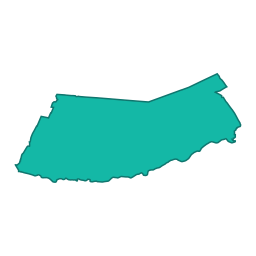 Bilca, Suceava, Romania
{"feature_id": "2599482B24007867343971", "entity_name": "Bilca", "entity_type": "district", "adm_level": 2, "iso_a3": "ROU", "parent_name": "Romania", "parent_adm1": "Suceava", "projection": "natural_earth1", "projection_center": [25.771, 47.929], "detail": "fine", "context": "isolated", "style": "filled", "palette": "teal", "viewbox_px": 256, "rotation_deg": 0, "n_neighbors": 0, "source": "geoboundaries", "source_scale": "gbopen_adm2", "svg_char_len": 5754}
<svg xmlns="http://www.w3.org/2000/svg" viewBox="0 0 256 256"><path d="M235.2,141.7L235.3,141.1L235.3,140.9L235.2,140.8L235.0,140.7L234.7,140.8L234.3,140.9L234.0,140.9L233.7,140.8L233.5,140.7L233.1,140.3L232.8,140.3L232.5,140.0L232.5,139.8L232.3,139.5L232.8,139.6L233.0,139.5L233.1,139.3L233.3,139.0L233.4,138.7L233.4,138.3L233.5,138.3L234.3,138.0L234.5,137.9L234.9,137.4L235.3,137.1L235.3,134.6L234.4,134.6L234.5,132.6L234.4,131.7L234.3,131.2L235.3,130.4L235.9,129.9L235.9,129.6L236.0,129.4L235.9,129.2L237.0,128.1L236.8,127.9L237.0,127.6L237.5,127.4L237.8,127.3L239.1,126.7L239.4,126.7L240.1,126.5L240.5,125.9L240.6,125.1L240.6,124.7L240.2,124.0L240.1,123.6L240.0,123.3L239.9,122.8L239.8,122.6L239.6,122.4L239.4,122.0L238.1,119.9L236.5,116.8L235.7,115.3L234.9,113.9L234.8,113.6L232.7,110.5L232.3,109.9L231.7,109.2L230.1,107.1L229.4,106.1L229.2,105.9L227.2,103.0L226.9,102.7L226.7,102.5L226.4,102.1L226.1,101.8L225.9,101.6L225.6,101.2L225.4,100.7L223.7,98.1L223.5,97.5L223.1,97.3L221.8,97.4L221.6,96.3L221.6,95.6L219.3,94.3L215.2,92.2L215.4,92.0L215.9,91.8L219.5,91.0L220.1,90.8L221.9,89.6L224.4,88.1L225.9,87.2L226.6,86.9L226.8,86.8L226.2,86.1L226.0,85.7L225.5,85.1L224.0,82.8L222.1,80.3L221.6,79.8L220.7,79.1L220.0,78.4L219.8,78.0L219.1,76.2L217.8,74.6L217.2,73.8L200.1,81.9L188.9,87.3L181.8,89.9L181.6,89.9L148.5,102.0L125.8,100.2L107.7,98.7L96.6,97.8L85.9,97.1L78.9,96.5L78.7,96.3L77.5,96.5L76.1,96.6L75.7,96.3L75.3,95.8L72.9,95.6L71.4,95.6L70.2,95.5L68.9,95.4L68.0,95.3L66.6,95.2L65.2,95.0L64.1,94.9L57.0,94.4L56.5,95.2L56.1,95.9L56.0,96.1L56.0,96.4L56.5,97.3L56.6,97.8L56.6,98.4L56.8,98.9L57.3,99.2L57.7,99.4L57.7,99.7L57.1,100.1L56.6,100.8L56.2,101.3L56.0,101.7L55.8,101.8L55.5,101.9L54.7,101.8L53.9,101.9L53.5,102.3L52.9,102.8L52.6,103.0L52.3,103.8L52.2,104.0L51.7,105.6L51.2,107.1L53.5,107.4L51.2,113.0L50.7,112.9L48.5,117.9L46.7,117.5L41.2,116.4L38.7,122.3L37.0,126.2L36.6,126.1L34.3,130.5L33.2,132.4L32.5,133.7L31.8,135.4L30.9,137.8L30.8,138.5L30.4,140.8L30.2,141.8L29.9,142.0L29.4,142.0L29.5,142.5L29.6,143.7L29.6,145.7L29.5,146.2L28.0,146.1L27.6,146.3L27.3,146.6L27.0,146.9L23.3,153.1L22.2,154.1L22.0,154.5L21.7,155.1L20.8,159.0L20.7,158.9L20.4,159.7L20.4,160.9L20.1,160.9L19.5,163.0L17.2,165.0L15.6,164.8L15.4,164.9L18.3,169.7L18.6,170.2L18.6,171.5L21.1,171.7L21.1,172.0L22.3,172.1L24.0,172.7L27.1,173.4L28.8,173.8L32.2,174.8L34.8,175.8L35.5,175.8L36.8,175.4L37.5,175.2L37.9,174.9L38.1,174.8L38.4,174.8L38.9,174.9L39.7,175.3L40.4,175.7L40.7,176.0L41.0,176.4L41.2,176.9L41.4,177.3L41.7,177.5L42.5,177.7L43.7,177.7L46.6,177.6L48.2,178.0L48.9,178.3L49.9,179.0L50.6,179.6L52.0,180.9L52.5,181.5L53.0,181.8L53.6,182.0L54.5,182.1L55.0,182.2L55.5,182.1L55.9,182.0L56.2,181.6L56.5,181.0L56.7,180.6L56.6,180.2L56.9,179.8L58.5,179.1L59.6,178.7L60.6,178.7L61.4,178.7L62.7,179.3L63.1,179.5L63.5,179.5L64.2,179.4L64.7,179.2L65.0,179.0L65.6,178.3L65.9,178.2L66.2,178.3L66.5,178.5L67.4,179.1L67.8,179.3L68.2,179.5L68.7,179.7L70.4,179.9L71.1,179.9L71.8,179.8L72.2,179.8L72.8,179.9L73.5,180.0L74.1,180.0L74.7,179.9L75.1,179.9L75.3,179.9L75.6,180.1L76.2,180.6L76.5,180.8L76.9,180.9L77.2,180.9L77.4,180.7L77.4,180.4L77.2,180.0L77.0,179.7L77.2,179.3L77.5,179.1L78.0,179.0L78.7,179.0L79.1,179.1L79.5,179.4L80.3,179.7L81.2,180.0L82.0,180.1L82.6,180.2L83.0,180.2L83.7,180.4L84.4,180.5L84.7,180.7L84.9,180.8L85.4,180.7L85.9,180.7L86.7,180.3L87.4,179.7L87.7,179.3L87.9,179.3L88.4,179.3L89.2,179.4L89.8,179.5L90.1,179.7L90.2,180.0L90.2,180.6L90.1,180.8L90.0,181.0L90.3,181.4L90.6,181.6L91.1,181.7L92.1,181.8L92.6,181.8L93.0,181.7L93.6,181.5L94.0,181.4L95.8,181.2L96.6,181.2L97.2,181.6L98.0,181.7L98.5,181.7L99.8,181.8L102.2,182.0L103.1,181.9L103.9,181.7L107.7,181.2L108.2,181.1L108.7,180.9L110.3,179.4L111.2,178.5L112.1,177.8L112.8,177.4L113.2,177.3L113.6,177.3L114.1,177.3L114.7,177.5L116.2,177.6L117.3,177.8L117.6,177.9L118.0,177.8L118.4,177.7L119.1,177.4L121.0,176.5L121.6,176.5L122.5,176.6L125.7,176.9L127.7,176.9L128.2,177.0L128.7,177.1L129.0,177.2L130.0,177.7L130.3,177.8L130.8,177.9L131.2,177.8L132.7,177.0L136.1,174.8L136.4,174.6L137.3,174.3L138.2,174.2L138.7,174.2L139.4,173.9L140.1,173.4L141.4,172.8L141.8,173.0L142.7,173.7L143.2,174.5L143.3,174.8L143.4,175.0L143.6,175.2L144.0,175.3L144.8,175.4L145.4,175.5L146.0,175.4L146.4,175.3L146.8,175.1L147.1,174.9L147.3,174.7L147.5,174.3L147.7,173.0L147.9,172.0L148.1,171.4L148.3,171.0L148.7,170.7L149.6,170.3L150.3,170.1L150.9,170.0L151.6,169.9L152.4,169.9L153.1,169.9L153.6,169.7L154.3,169.3L155.3,168.7L156.7,168.2L157.3,168.0L157.8,167.9L158.4,167.8L159.0,167.7L159.4,167.5L159.9,167.3L161.4,166.2L162.3,165.6L163.0,165.2L164.1,164.6L165.2,164.0L166.5,162.8L167.8,162.4L168.2,162.1L168.6,161.8L169.2,161.2L169.6,161.1L170.8,160.3L171.7,160.2L172.0,160.1L173.0,159.7L174.6,159.2L175.5,159.1L176.3,159.2L176.9,159.3L177.5,159.5L178.0,160.1L178.4,160.3L178.8,160.4L179.5,160.7L180.6,161.2L181.2,161.5L181.9,161.6L182.3,161.6L182.7,161.5L184.2,161.1L184.7,161.0L185.2,160.8L185.9,160.5L188.6,158.6L188.9,158.2L189.6,157.2L191.0,155.1L191.7,154.3L191.9,154.1L192.5,153.8L193.3,153.1L193.8,152.6L194.3,152.4L194.5,152.4L195.3,151.9L196.7,151.3L197.4,151.1L197.9,151.1L199.0,151.3L199.5,151.2L199.8,151.1L200.0,150.8L200.2,150.4L200.6,149.9L200.9,149.4L201.1,148.7L201.3,148.4L202.0,147.8L203.6,146.4L206.8,144.0L207.0,143.9L207.4,143.8L207.7,143.6L208.6,143.0L209.6,142.4L210.5,142.0L211.0,141.8L211.6,141.7L212.0,141.8L213.2,142.0L214.3,142.4L215.6,142.8L216.3,142.9L217.2,142.8L217.6,142.7L218.0,142.6L220.0,141.1L220.3,140.9L220.8,140.4L221.3,140.1L221.7,139.8L223.0,139.6L224.2,139.3L225.1,139.0L225.9,138.7L226.2,138.9L226.5,139.2L227.3,140.2L228.0,141.1L228.3,141.4L228.9,141.7L231.5,142.8L231.9,142.8L232.2,142.8L234.1,142.2L234.8,141.9L235.2,141.7Z" fill="#14b8a6" stroke="#0f766e" stroke-width="1.5"/></svg>